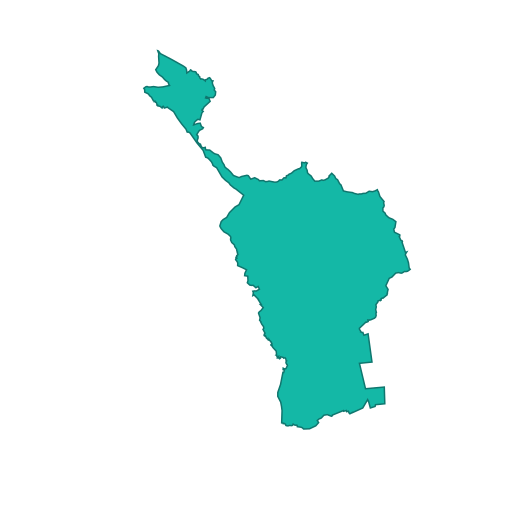 the district of Mihaileni, Harghita, Romania, rotated 298°
{"feature_id": "2599482B41839360493249", "entity_name": "Mihaileni", "entity_type": "district", "adm_level": 2, "iso_a3": "ROU", "parent_name": "Romania", "parent_adm1": "Harghita", "projection": "mercator", "projection_center": [25.857, 46.528], "detail": "fine", "context": "isolated", "style": "filled", "palette": "teal", "viewbox_px": 512, "rotation_deg": 298, "n_neighbors": 0, "source": "geoboundaries", "source_scale": "gbopen_adm2", "svg_char_len": 6118}
<svg xmlns="http://www.w3.org/2000/svg" viewBox="0 0 512 512"><g transform="rotate(298 256 256)"><path d="M186.0,439.1L200.5,430.8L190.2,415.0L209.8,397.7L216.8,408.2L239.9,391.5L236.7,388.5L238.7,386.2L238.2,385.5L238.1,384.1L238.5,384.1L239.8,381.8L240.7,381.2L249.3,384.1L249.3,384.6L250.8,385.8L252.0,384.8L252.4,386.0L252.8,386.0L253.3,387.1L256.7,389.8L258.2,390.3L259.9,390.0L261.8,388.7L262.5,388.9L264.9,386.8L267.5,386.1L269.3,384.7L272.6,385.2L273.5,384.8L275.1,386.2L275.0,386.8L275.9,387.2L276.9,386.5L278.2,387.2L278.3,387.9L283.3,390.0L284.3,389.4L285.0,389.5L285.4,389.1L288.5,388.3L290.7,384.6L298.8,384.1L301.2,385.9L306.5,387.4L308.2,389.5L309.0,392.2L309.5,392.9L312.1,394.4L312.6,395.7L313.7,397.0L316.6,398.4L317.4,396.8L321.5,393.9L324.3,391.1L327.0,387.4L328.0,387.1L330.3,387.2L329.3,386.3L336.7,378.5L337.4,378.6L338.1,377.7L337.8,376.6L340.4,373.3L341.2,373.6L342.2,373.0L342.0,367.1L344.4,365.0L346.4,365.3L352.0,363.4L352.6,359.5L352.2,355.6L352.5,354.0L353.3,351.2L354.5,349.8L355.2,347.0L357.9,345.5L359.5,345.8L360.9,345.4L362.9,343.7L364.2,343.5L366.7,337.5L370.2,333.9L370.7,332.8L371.5,332.0L369.4,330.6L367.5,328.7L366.3,325.5L362.9,323.5L361.5,321.1L360.3,320.0L359.1,317.8L358.4,317.4L357.4,313.3L357.3,311.4L355.4,306.3L354.5,302.6L358.7,297.6L359.1,295.9L361.7,292.1L361.7,290.7L362.1,289.7L363.5,287.9L364.6,284.0L360.8,282.9L360.4,283.5L358.7,283.2L355.6,281.2L354.3,279.8L354.1,278.4L351.5,276.2L349.7,272.8L351.0,269.6L352.5,267.2L353.2,263.4L353.8,262.3L355.7,260.9L357.3,258.7L358.5,258.1L360.5,257.5L362.1,257.7L362.1,255.8L361.0,255.1L360.3,252.5L359.6,252.6L356.9,254.2L356.1,254.3L353.4,253.4L353.0,252.6L349.2,249.7L345.7,248.4L343.6,246.7L342.7,246.6L341.1,245.2L339.1,245.8L338.2,244.0L335.3,243.2L334.2,241.1L332.5,240.7L331.0,239.5L330.0,238.0L328.3,232.3L327.2,231.2L326.1,229.5L326.1,227.1L324.0,223.7L324.6,222.3L324.5,218.1L321.4,215.3L323.3,211.5L323.0,210.1L319.4,205.9L317.5,204.5L317.1,203.4L316.5,198.3L318.3,194.0L319.3,190.5L319.4,189.1L320.1,186.5L321.4,185.2L323.2,182.0L326.1,178.8L327.6,175.0L326.9,171.6L327.0,169.8L327.8,165.4L326.4,162.4L326.2,161.6L328.1,160.2L327.0,159.0L326.5,157.5L327.0,156.3L328.7,154.4L328.4,152.7L328.9,152.2L329.0,151.1L330.6,149.8L332.8,149.5L334.2,148.8L334.9,148.1L335.2,146.7L339.3,146.9L340.8,147.4L343.3,149.2L344.7,149.2L344.6,148.0L345.0,146.7L347.1,144.4L345.6,142.3L342.5,139.4L345.3,138.9L347.7,139.7L349.4,140.5L349.9,142.6L357.2,141.0L358.9,141.5L359.3,139.8L360.4,139.7L360.6,140.2L363.3,140.2L371.0,142.9L373.1,140.4L372.3,138.7L372.8,138.9L372.6,138.2L372.8,137.8L372.3,137.2L373.4,137.1L373.5,139.6L375.8,143.9L379.0,144.5L382.1,143.3L382.9,141.2L384.5,140.9L386.3,138.2L387.7,136.7L388.8,135.9L390.4,135.8L389.9,134.6L391.4,132.2L391.6,131.2L390.3,130.1L389.1,129.9L387.7,128.5L386.8,129.0L387.2,126.3L386.8,124.7L386.3,124.1L387.1,122.5L387.8,122.2L388.1,120.7L389.1,119.8L389.0,117.9L390.0,117.0L390.3,116.3L390.0,115.2L389.3,113.7L389.2,112.5L389.6,111.8L389.6,110.8L388.3,110.7L385.1,109.0L387.7,107.3L389.2,105.7L389.6,102.8L389.9,89.4L389.8,76.6L391.2,73.7L391.1,72.9L389.0,75.2L386.5,76.3L380.8,79.8L378.2,80.5L373.4,80.0L371.8,82.3L370.6,85.5L370.1,89.4L368.9,92.4L368.4,94.6L368.2,97.1L367.0,97.9L366.0,99.6L361.6,94.4L359.0,90.4L357.5,86.0L355.4,83.1L354.7,81.6L354.5,80.2L353.7,79.3L351.4,78.2L350.7,79.5L348.4,80.9L348.6,84.3L348.2,85.8L347.6,86.6L347.1,89.2L344.9,92.5L344.9,93.5L344.6,93.7L345.3,94.2L344.6,95.1L344.8,95.9L343.4,97.3L343.2,98.1L342.7,97.8L342.4,98.5L343.1,101.1L342.6,103.6L344.3,103.5L344.7,103.9L343.6,105.6L345.9,107.9L345.6,108.7L344.8,115.5L341.0,121.7L337.8,128.2L335.1,134.7L333.1,137.1L333.7,138.2L333.7,139.9L328.1,150.8L324.4,159.8L319.6,165.2L319.9,166.9L319.7,168.3L318.3,172.3L317.0,174.3L316.0,175.2L315.6,176.6L315.5,179.8L309.9,188.8L308.5,193.5L307.9,197.6L306.7,200.0L305.7,204.8L305.7,206.8L303.9,216.6L293.3,216.9L289.5,214.5L281.9,212.2L276.3,212.0L272.8,209.9L270.1,209.1L265.8,209.9L265.2,210.3L263.8,212.4L262.3,216.3L262.2,221.0L261.3,224.3L260.1,225.4L259.1,225.5L258.1,226.2L256.5,228.3L255.7,231.6L254.3,232.9L253.0,235.6L251.3,236.9L250.8,237.8L250.4,237.7L248.7,239.4L247.3,238.8L246.9,239.3L245.6,239.5L245.7,239.0L245.3,239.0L245.0,240.1L244.1,239.5L243.2,239.7L242.1,242.2L241.0,243.3L238.9,244.3L239.3,249.5L239.4,254.1L235.6,254.3L233.3,255.2L234.3,258.2L230.5,260.5L228.3,260.9L227.4,264.2L228.1,266.2L228.8,267.2L227.9,270.8L230.1,272.2L228.3,274.6L225.2,272.7L224.5,271.1L223.4,269.7L222.4,270.9L219.6,271.8L220.7,272.5L218.9,278.4L218.6,278.3L215.7,283.3L215.2,282.6L213.9,286.6L210.2,286.0L208.2,285.1L206.8,285.0L203.3,288.7L201.0,289.3L200.2,291.2L199.9,291.2L198.4,293.3L197.2,295.8L195.9,296.8L194.5,296.6L192.1,300.2L190.8,300.0L189.6,300.5L189.5,301.0L190.1,301.2L190.1,301.8L189.4,302.2L189.0,303.2L188.5,303.6L188.2,304.7L188.8,305.2L187.7,305.9L187.7,306.6L188.4,306.9L187.8,307.7L187.6,308.8L187.2,309.1L187.3,309.5L185.9,311.4L184.8,310.8L184.4,310.9L184.2,312.0L184.4,312.3L183.9,312.5L183.0,314.3L181.5,318.5L178.5,320.5L177.9,320.2L177.9,320.9L176.9,321.9L177.9,322.9L176.1,322.9L176.8,324.0L177.6,324.0L176.4,324.6L176.3,325.1L177.3,325.5L177.9,324.9L178.6,325.0L179.2,327.8L178.8,328.5L179.8,329.4L179.3,330.5L177.9,331.6L177.8,332.3L176.4,332.2L175.5,332.9L174.8,334.0L174.9,334.4L174.0,335.2L170.6,335.3L169.7,334.2L169.7,332.7L168.4,333.3L168.8,334.5L167.2,335.0L166.1,335.1L165.9,334.4L154.0,338.0L145.8,339.3L142.3,341.1L138.6,346.4L135.1,349.2L131.7,351.6L120.7,357.0L121.3,358.9L120.9,359.0L121.3,359.6L121.3,361.1L120.6,361.6L120.4,362.3L121.0,364.0L122.1,365.1L123.0,367.2L123.7,367.8L125.0,367.7L124.9,369.8L125.8,371.4L125.8,371.8L124.7,372.6L126.0,376.2L126.1,377.4L125.6,379.3L128.6,384.4L134.1,388.5L138.3,389.5L139.5,387.3L142.2,388.4L142.9,389.3L143.9,389.8L147.3,390.7L149.4,393.4L149.9,397.8L150.8,398.4L151.4,398.1L160.6,405.8L160.1,406.3L162.0,408.3L161.1,409.1L162.3,410.4L161.0,412.0L160.7,412.9L161.1,413.3L162.9,414.3L162.7,414.5L171.9,421.6L181.6,422.0L180.6,423.2L180.7,423.4L175.5,428.3L179.1,431.8L180.8,431.3L186.0,439.1Z" fill="#14b8a6" stroke="#0f766e" stroke-width="1.5"/></g></svg>